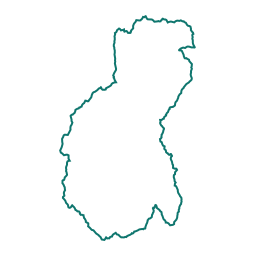 outline of Huaylas, Áncash, Peru, rotated 179°
{"feature_id": "86281439B81908215942962", "entity_name": "Huaylas", "entity_type": "district", "adm_level": 2, "iso_a3": "PER", "parent_name": "Peru", "parent_adm1": "Áncash", "projection": "equal_earth", "projection_center": [-77.846, -8.958], "detail": "fine", "context": "isolated", "style": "outline", "palette": "teal", "viewbox_px": 256, "rotation_deg": 179, "n_neighbors": 0, "source": "geoboundaries", "source_scale": "gbopen_adm2", "svg_char_len": 5726}
<svg xmlns="http://www.w3.org/2000/svg" viewBox="0 0 256 256"><g transform="rotate(179 128 128)"><path d="M87.6,30.0L84.8,30.4L83.6,31.1L83.5,33.1L81.2,35.6L80.4,37.5L80.2,39.6L79.9,40.7L79.9,42.0L79.6,42.7L78.6,43.5L78.7,44.8L78.6,45.7L78.1,46.4L78.1,47.9L77.2,49.9L76.2,51.2L76.2,52.0L75.7,53.5L75.9,54.6L75.7,55.7L75.9,57.4L77.1,58.9L77.6,60.1L78.9,62.2L79.3,63.9L79.3,65.2L80.6,68.3L81.1,69.1L82.3,69.6L82.0,71.7L81.3,72.6L82.3,74.0L82.4,75.7L83.1,78.0L83.0,79.7L82.9,80.1L81.8,81.0L81.7,83.0L79.7,85.2L80.1,86.1L80.7,86.6L81.6,86.4L83.6,87.2L83.7,87.6L83.6,88.4L83.6,90.2L84.1,90.7L84.7,93.8L85.6,95.7L85.8,96.8L85.4,98.4L84.6,99.0L84.5,99.4L85.5,101.2L86.0,101.2L86.5,100.5L87.4,100.5L88.4,101.4L88.7,102.0L89.4,102.3L90.3,103.1L90.6,105.1L91.9,106.2L92.1,107.1L91.7,108.7L91.7,109.0L93.3,109.8L94.1,111.5L94.5,113.2L95.8,113.9L95.9,114.2L96.2,116.4L95.4,116.9L94.8,117.7L94.6,118.1L94.8,118.6L94.5,119.6L94.6,120.5L93.5,122.1L93.3,122.9L93.0,123.3L92.6,125.2L92.2,125.9L92.0,126.7L92.1,127.1L93.1,128.0L94.0,129.4L94.7,129.9L95.7,131.8L95.8,132.6L95.4,133.2L95.4,133.7L95.7,135.5L94.3,135.4L92.9,136.6L92.1,136.6L91.6,138.3L89.7,139.8L89.9,140.6L89.4,141.1L89.0,142.1L87.7,143.3L87.1,145.1L86.6,145.8L86.0,146.3L86.2,147.0L85.4,148.0L82.7,148.3L82.5,148.6L81.9,148.8L80.7,149.7L80.3,152.2L79.9,153.1L78.5,154.5L77.6,156.7L77.3,157.2L77.1,158.6L75.8,160.7L74.2,162.0L74.0,164.1L73.4,165.5L71.6,167.2L71.6,167.6L68.9,170.9L66.2,172.6L65.6,173.5L64.9,173.9L63.7,175.1L63.4,176.0L63.4,176.9L64.2,179.0L64.4,180.5L64.0,182.2L64.0,183.9L63.1,186.1L63.7,187.5L63.3,188.2L63.0,190.8L65.5,193.7L65.8,195.1L66.1,195.4L67.8,196.2L68.3,196.8L69.7,196.6L70.1,196.8L70.9,198.7L71.1,200.2L72.8,204.1L73.9,204.7L75.3,204.7L75.5,204.8L75.5,205.1L74.1,206.4L72.0,207.3L71.4,207.4L69.5,207.0L67.9,208.1L66.9,208.4L65.6,208.3L63.2,207.5L60.3,207.4L59.8,206.7L60.0,207.9L61.0,209.7L61.5,211.0L61.7,212.1L61.7,214.9L62.1,215.9L62.1,216.5L61.7,217.7L62.1,219.3L62.0,220.1L61.9,220.4L61.0,220.9L61.4,222.3L62.2,223.0L63.4,224.8L63.3,226.1L63.8,228.3L64.9,228.9L66.1,229.1L67.2,230.1L68.3,232.2L69.8,232.9L70.4,233.7L71.7,233.7L73.3,234.7L74.5,234.2L77.0,234.5L78.6,233.9L79.9,232.8L83.3,233.7L85.3,233.3L86.4,232.8L87.8,235.4L88.9,235.9L90.0,235.9L91.3,236.7L92.0,236.2L92.3,235.5L93.1,235.0L93.6,234.1L95.0,234.0L95.8,234.4L96.6,234.1L99.7,233.8L100.0,234.0L100.8,235.1L102.3,236.1L106.3,236.3L107.2,237.0L108.4,239.5L108.6,239.5L109.7,238.5L111.0,238.8L111.3,238.1L112.4,236.5L113.2,236.0L113.6,235.4L114.7,235.3L117.8,235.7L118.5,234.1L120.2,232.2L121.1,230.0L121.1,227.5L123.2,225.4L123.3,224.3L123.8,223.3L124.2,223.5L124.6,223.0L126.2,223.1L126.5,223.2L127.1,224.4L127.7,224.9L128.2,225.0L129.9,224.4L130.1,224.7L130.3,226.6L131.6,226.0L132.5,226.0L133.3,225.7L134.4,227.2L135.2,227.6L137.3,225.9L137.6,224.9L138.1,224.0L139.4,223.2L139.2,222.0L139.9,219.8L139.7,218.7L139.7,216.5L140.1,215.0L140.0,213.5L140.7,211.7L140.8,210.1L140.3,208.9L140.3,207.5L139.9,205.9L139.9,203.5L140.2,201.8L139.6,197.6L139.8,195.7L139.6,194.6L140.0,192.9L138.9,187.4L139.0,186.3L140.9,183.1L141.9,180.7L141.2,179.7L141.1,179.3L141.5,178.9L141.5,178.5L141.0,177.9L140.6,176.5L139.2,173.9L140.7,173.8L142.6,173.1L143.5,172.4L144.3,170.9L145.8,169.9L149.2,168.2L149.6,166.9L150.8,166.6L151.5,166.8L152.3,166.6L152.9,166.8L154.0,168.0L154.1,168.9L154.4,169.2L155.1,168.5L156.5,168.0L157.9,166.5L160.2,164.9L161.9,164.3L162.8,163.4L163.6,161.6L164.2,159.3L166.9,156.0L167.1,155.5L168.0,155.4L169.4,156.0L170.2,156.1L171.4,153.7L172.6,152.9L173.4,151.9L173.7,151.4L174.0,150.2L175.2,149.8L175.7,149.3L176.4,149.3L177.0,148.4L178.2,148.2L180.2,147.1L180.6,145.1L181.1,144.4L181.2,143.9L182.5,143.0L183.1,142.3L183.8,142.3L184.5,141.9L185.2,141.1L184.3,137.5L184.3,135.9L183.5,134.4L184.3,132.3L185.2,131.0L185.5,130.0L185.6,128.1L185.5,127.3L188.3,122.1L191.3,122.4L192.1,122.0L192.5,121.6L193.0,120.1L194.0,118.5L194.1,118.1L194.0,115.2L193.7,113.5L193.8,112.8L194.7,109.8L196.2,106.7L195.6,104.6L194.2,103.7L192.5,101.9L190.1,102.4L189.0,102.3L187.9,101.7L188.0,98.4L186.9,96.3L188.1,96.2L189.1,95.6L189.6,94.3L189.6,92.4L190.6,89.9L190.6,88.2L190.4,87.6L190.7,86.0L190.2,84.9L190.0,83.4L189.8,82.9L189.8,82.2L190.3,81.5L192.1,79.7L192.4,78.3L192.9,77.2L194.0,76.9L194.4,76.5L194.5,73.9L193.5,72.6L192.8,70.7L192.3,69.9L192.2,68.0L192.0,66.9L192.9,65.5L193.3,64.1L192.8,61.4L194.2,60.2L194.3,59.2L193.6,58.5L192.0,56.5L191.2,54.2L189.6,52.5L189.3,51.7L189.1,50.2L188.8,49.6L187.6,49.2L186.7,49.7L186.0,50.4L185.5,51.5L185.1,51.7L184.2,50.6L183.4,49.9L182.6,48.7L181.9,46.9L181.0,46.6L180.0,45.5L178.6,45.5L177.8,44.6L177.5,43.8L177.7,43.2L176.8,42.0L175.7,42.1L174.8,41.7L174.0,41.6L173.9,40.6L173.4,38.6L172.9,38.2L171.8,36.1L171.8,34.8L170.9,34.2L170.0,33.9L169.4,33.3L169.4,31.3L169.6,30.4L167.9,28.9L166.1,26.8L164.3,26.3L161.7,23.1L159.3,21.4L158.5,20.4L157.4,19.5L156.2,17.0L153.6,16.5L153.1,17.0L151.8,19.0L150.7,17.9L149.9,18.1L148.6,18.0L147.7,19.4L145.8,19.8L145.6,20.7L144.6,21.9L142.1,23.4L141.0,21.8L139.4,21.4L138.0,19.8L136.7,18.8L133.8,18.7L132.7,19.2L131.6,19.0L130.6,20.1L130.2,20.1L129.5,20.6L128.1,21.0L126.3,22.1L126.0,22.7L125.2,22.4L124.8,22.6L124.5,22.8L123.5,24.4L122.7,24.4L120.1,25.4L118.4,26.4L115.4,26.8L114.5,26.5L113.9,27.1L112.7,27.1L112.4,27.5L112.3,28.8L111.2,31.7L110.6,32.7L110.0,34.8L110.0,35.4L109.5,35.9L108.8,36.9L107.3,37.3L105.8,38.5L105.4,40.9L104.9,41.6L104.5,42.8L104.0,43.4L103.7,44.8L104.5,47.4L104.1,47.9L103.5,47.5L103.0,47.7L102.2,49.4L102.2,50.2L101.7,50.5L101.3,50.3L100.9,49.5L100.4,47.4L98.9,46.3L97.7,45.2L97.2,44.2L96.1,43.5L95.8,42.2L95.8,40.9L95.2,39.8L94.2,36.7L93.7,35.8L92.9,35.3L92.2,34.2L91.9,33.5L91.9,32.8L90.6,32.7L89.2,32.0L87.6,30.0Z" fill="none" stroke="#0f766e" stroke-width="2"/></g></svg>